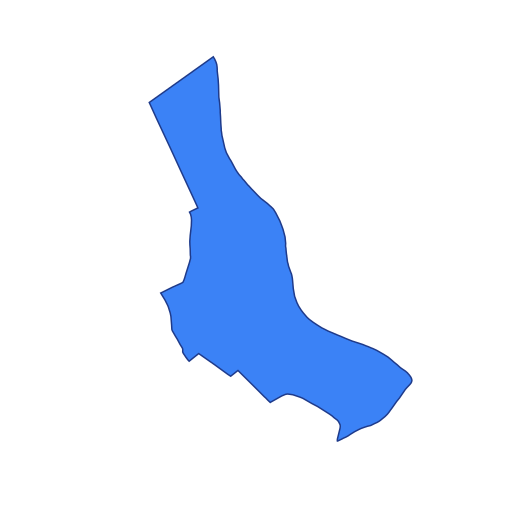 outline of Lunca, Olt, Romania, rotated 250°
{"feature_id": "2599482B1586311708085", "entity_name": "Lunca", "entity_type": "district", "adm_level": 2, "iso_a3": "ROU", "parent_name": "Romania", "parent_adm1": "Olt", "projection": "albers", "projection_center": [24.698, 43.826], "detail": "fine", "context": "isolated", "style": "filled", "palette": "blue", "viewbox_px": 512, "rotation_deg": 250, "n_neighbors": 0, "source": "geoboundaries", "source_scale": "gbopen_adm2", "svg_char_len": 2842}
<svg xmlns="http://www.w3.org/2000/svg" viewBox="0 0 512 512"><g transform="rotate(250 256 256)"><path d="M457.8,284.0L436.8,208.2L419.7,209.5L387.0,212.4L362.7,214.4L333.1,216.9L323.4,217.7L321.0,217.8L321.0,217.3L320.4,211.1L320.0,208.5L319.9,208.5L317.8,208.8L314.8,208.5L311.8,207.7L306.4,205.5L297.8,201.2L292.4,198.8L289.1,197.7L285.2,196.6L279.3,194.6L277.8,194.3L276.0,193.6L275.2,193.0L272.6,191.2L263.5,184.2L260.2,181.8L258.2,180.2L256.5,178.6L256.3,178.3L256.0,176.9L255.3,167.2L253.8,153.8L245.9,155.4L240.1,156.1L238.3,156.2L231.8,155.9L228.4,155.4L219.7,153.0L216.4,152.0L215.6,151.8L214.3,151.8L208.0,152.9L204.7,153.6L199.0,154.4L194.7,155.3L193.8,155.3L193.0,155.1L190.9,154.3L189.4,154.4L184.5,155.6L184.0,155.9L183.8,155.8L183.2,156.0L181.8,156.4L181.2,156.7L180.0,157.2L183.6,167.8L183.9,168.8L167.6,180.2L154.5,189.0L151.7,191.1L154.6,199.9L154.4,200.0L133.2,210.0L120.7,215.8L119.5,216.5L116.5,217.8L113.5,219.3L113.7,220.2L115.7,232.4L115.9,236.4L115.6,238.2L115.2,239.1L113.0,243.2L108.2,249.2L106.3,251.3L98.2,258.1L93.5,262.4L83.5,270.1L82.2,271.1L79.4,273.0L77.6,273.9L73.9,276.3L72.2,276.9L69.8,277.2L68.5,277.3L67.1,276.9L65.6,276.2L56.5,270.1L55.2,269.4L54.3,269.2L54.2,269.5L54.7,274.6L54.9,275.6L55.1,278.6L55.5,281.2L56.1,283.4L57.2,288.7L57.8,293.5L58.0,295.7L58.0,299.1L57.9,302.0L57.9,302.4L57.5,305.8L58.0,310.1L58.2,313.0L58.6,315.2L59.1,316.9L61.0,322.3L62.4,325.3L63.9,327.8L65.2,329.6L66.2,331.2L71.2,338.4L73.4,342.1L79.5,350.6L80.5,352.4L82.6,356.6L83.5,358.1L84.0,358.7L85.0,359.5L85.9,360.0L87.3,360.2L89.1,360.1L90.6,359.7L92.2,359.2L93.6,358.6L94.3,358.4L96.8,357.0L100.2,354.5L102.0,353.3L105.3,351.6L109.1,349.3L111.7,347.9L115.7,345.6L120.2,342.1L126.1,337.1L129.1,334.1L130.2,332.8L132.4,330.5L133.9,328.7L136.3,326.1L143.3,317.1L147.9,312.0L151.4,308.3L153.9,305.5L160.8,298.1L163.7,295.4L166.0,293.2L170.8,289.5L174.5,286.8L178.2,284.4L180.9,283.0L186.8,280.8L189.8,279.9L194.3,278.9L198.2,278.5L204.9,278.5L212.7,279.9L220.1,281.9L222.5,282.5L225.3,283.0L227.4,283.2L228.3,283.1L235.1,283.1L238.2,283.5L239.3,283.5L241.7,284.0L243.8,284.5L244.8,284.7L246.3,285.1L247.1,285.2L250.7,286.1L253.2,286.8L254.6,287.0L255.8,287.4L257.7,288.2L264.0,289.8L271.7,290.5L275.6,290.5L280.8,290.4L289.8,289.3L293.7,288.5L294.6,288.2L297.1,287.0L298.5,286.2L301.4,284.7L308.5,280.2L312.7,278.2L319.1,275.4L320.6,274.7L324.6,273.1L325.5,272.6L331.2,270.6L332.7,269.9L335.2,269.2L338.3,267.9L342.0,266.9L344.9,266.3L353.6,265.1L356.7,264.4L363.2,263.5L368.2,263.6L377.5,264.8L380.8,265.2L384.3,266.0L386.1,266.3L387.1,266.7L392.7,268.3L399.0,270.3L403.5,271.6L404.4,272.0L412.4,274.2L417.9,275.4L429.3,279.2L435.5,281.0L443.4,282.9L444.6,283.4L447.0,284.1L449.3,284.6L451.2,284.7L452.9,284.7L454.1,284.5L454.7,284.6L456.6,284.2L457.8,284.0Z" fill="#3b82f6" stroke="#1e3a8a" stroke-width="1.5"/></g></svg>